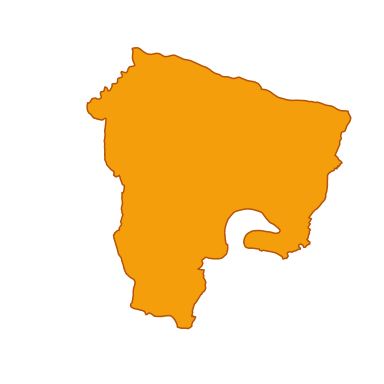 Krok Phra, Nakhon Sawan, Thailand (Mercator projection), rotated 111°
{"feature_id": "78962969B8513684834011", "entity_name": "Krok Phra", "entity_type": "district", "adm_level": 2, "iso_a3": "THA", "parent_name": "Thailand", "parent_adm1": "Nakhon Sawan", "projection": "mercator", "projection_center": [100.023, 15.583], "detail": "fine", "context": "isolated", "style": "filled", "palette": "amber", "viewbox_px": 384, "rotation_deg": 111, "n_neighbors": 0, "source": "geoboundaries", "source_scale": "gbopen_adm2", "svg_char_len": 5927}
<svg xmlns="http://www.w3.org/2000/svg" viewBox="0 0 384 384"><g transform="rotate(111 192 192)"><path d="M323.3,157.2L323.1,153.6L321.4,149.0L320.9,146.7L320.1,145.8L317.4,144.1L316.0,144.7L313.0,144.8L311.2,144.1L308.7,143.8L307.4,143.9L307.3,144.5L307.6,145.5L307.5,146.4L308.2,146.7L308.1,147.7L303.9,148.3L302.9,149.1L295.8,149.6L294.2,148.9L292.3,148.4L284.3,146.9L284.0,146.4L281.6,146.0L281.0,145.4L279.9,144.9L277.8,144.7L276.9,144.7L274.0,146.4L271.1,146.8L270.4,147.7L269.8,148.0L267.7,150.7L265.9,150.9L264.8,152.0L260.5,152.8L261.4,156.2L261.7,158.6L258.0,156.5L256.3,156.3L254.5,156.4L253.4,157.6L251.9,158.3L250.3,157.1L248.3,156.1L247.8,154.8L247.6,151.8L246.7,148.1L244.9,143.5L243.8,141.5L242.8,140.3L241.1,139.3L237.8,137.7L235.6,137.7L234.3,138.0L232.5,138.2L228.9,139.6L228.3,140.1L228.5,141.3L226.4,142.9L225.2,143.3L224.0,144.2L221.3,145.3L218.5,146.9L214.0,148.2L209.7,148.6L204.5,148.6L199.9,147.2L196.3,145.7L194.9,144.7L193.4,143.0L189.8,137.8L188.4,135.3L187.5,133.1L186.5,129.0L186.1,123.8L186.0,120.8L186.2,119.6L186.7,118.4L189.8,113.6L192.2,109.1L192.7,107.2L192.8,105.0L193.3,102.8L194.7,98.8L195.6,96.9L196.1,96.2L197.1,95.8L198.5,96.2L199.1,96.6L200.6,98.9L201.0,101.2L201.3,104.4L202.3,108.4L203.3,113.5L203.9,115.6L205.6,119.5L206.6,121.2L207.6,122.5L209.0,123.8L210.9,125.2L212.2,125.8L213.7,126.2L216.6,126.4L218.4,126.2L220.7,125.5L222.4,124.2L223.6,123.1L224.0,122.6L224.3,121.1L224.1,118.8L222.9,115.9L221.2,108.8L222.0,108.1L222.1,105.9L220.9,104.6L219.2,95.5L218.9,92.4L219.1,89.7L220.0,84.8L221.7,83.3L221.8,82.6L220.6,81.6L220.2,80.1L219.3,79.5L218.1,79.6L217.4,79.2L215.3,81.0L214.6,81.1L213.9,80.8L212.6,78.9L212.3,76.9L210.7,75.8L209.6,73.9L207.9,72.7L206.5,70.5L206.0,70.5L205.3,71.3L205.1,72.4L204.6,72.9L203.3,73.3L202.4,72.8L202.3,72.4L201.6,71.8L201.4,71.3L202.3,69.0L203.6,67.8L203.2,66.8L202.8,66.3L201.1,65.9L199.8,64.8L198.5,64.4L198.5,63.5L196.5,64.0L196.1,66.3L195.7,66.3L195.3,67.8L193.8,67.2L191.2,67.6L189.6,67.7L188.8,67.5L186.0,68.5L185.3,68.4L185.0,68.0L184.2,69.0L184.1,70.4L183.2,70.9L182.3,70.9L179.5,70.2L178.9,71.6L178.5,71.9L176.7,71.2L174.2,71.0L174.1,73.7L167.6,71.9L165.1,70.9L163.9,70.2L162.9,69.3L158.7,67.7L155.3,66.7L152.3,65.5L151.3,65.3L148.6,65.4L146.3,66.4L143.7,66.4L141.2,66.9L136.8,68.1L134.8,69.0L130.3,70.5L128.5,71.3L127.4,71.5L125.0,70.8L124.5,70.3L122.8,69.3L121.4,67.6L120.4,67.0L118.8,67.3L118.5,65.5L118.3,65.0L117.5,65.1L117.4,65.5L116.4,65.1L116.0,65.2L115.7,64.9L115.4,65.0L115.1,64.6L115.4,64.3L115.1,64.3L114.8,63.7L113.4,63.5L112.9,63.8L111.5,62.6L110.7,62.6L110.0,64.0L109.4,66.2L109.0,67.0L108.7,67.4L108.1,67.7L106.8,70.0L106.6,71.6L94.6,71.1L91.5,72.4L89.6,71.8L88.6,71.8L88.0,72.1L87.0,72.9L85.8,73.4L82.8,73.7L82.2,73.4L80.7,71.4L79.8,71.0L74.7,71.1L69.8,70.0L68.0,70.0L65.7,70.4L61.9,74.6L60.7,75.2L61.1,77.3L62.2,80.2L62.8,83.2L62.7,85.8L61.8,91.2L61.8,92.7L62.9,98.2L62.9,103.5L63.2,107.2L64.2,108.9L64.7,112.8L65.7,115.5L66.0,118.5L66.3,119.6L68.7,126.8L70.7,131.5L71.4,134.2L72.0,137.1L72.2,140.3L72.6,143.7L72.7,145.8L71.4,151.6L70.4,154.8L70.1,158.0L70.2,160.3L70.6,162.2L71.2,163.9L69.7,164.9L69.0,165.6L68.0,167.4L67.1,169.1L66.8,172.2L66.9,174.1L68.1,179.8L68.1,185.2L67.9,189.0L68.7,190.5L70.5,192.6L71.3,194.5L71.5,196.5L71.5,199.2L72.1,201.2L72.9,203.2L73.3,205.8L72.7,207.5L72.6,208.7L72.9,212.6L72.7,214.3L72.1,217.2L71.3,219.5L70.5,223.5L70.7,227.7L70.4,230.9L69.9,239.6L70.1,242.3L71.0,247.0L71.0,248.3L70.5,256.8L70.8,258.0L71.3,259.3L74.0,263.0L75.1,265.1L75.4,267.0L74.7,270.8L74.6,272.0L75.0,273.8L75.5,275.3L78.0,279.1L78.9,281.8L79.1,283.3L78.8,285.7L78.2,288.4L77.1,291.6L76.8,293.2L77.0,294.8L77.8,296.7L79.0,298.8L79.5,299.1L80.0,299.1L81.1,298.0L82.0,297.4L86.0,296.4L88.5,295.5L91.0,293.8L92.2,292.5L93.6,291.2L94.0,291.0L94.8,291.1L95.6,291.9L97.0,294.5L97.9,295.3L99.5,295.7L102.9,295.6L103.8,296.0L104.2,296.4L104.6,297.8L104.7,300.6L104.9,300.9L105.5,301.1L106.2,300.9L106.9,300.3L108.0,298.9L109.0,298.4L110.2,298.9L111.6,300.9L112.7,301.8L113.2,301.8L116.5,300.9L116.9,301.0L118.4,302.3L119.0,304.3L119.9,305.2L120.2,305.2L121.6,304.6L123.4,304.5L126.4,305.0L127.1,305.6L127.5,306.1L127.5,306.5L125.3,308.8L125.0,310.2L125.3,310.9L126.0,310.9L128.3,310.5L129.2,310.4L130.0,311.1L131.1,312.9L131.7,313.1L132.2,313.0L133.8,312.3L135.6,310.7L136.8,310.7L138.3,311.8L138.9,312.8L139.2,313.7L138.8,315.0L139.0,316.1L140.6,318.7L145.0,319.5L145.8,320.2L146.2,321.4L149.2,320.8L151.4,319.9L153.5,318.6L154.7,317.3L155.4,316.2L155.5,314.8L157.4,311.7L158.0,310.3L157.8,306.0L157.1,301.9L156.3,300.9L154.8,300.0L154.4,299.6L154.3,298.9L154.5,298.4L164.0,295.8L165.6,295.7L166.5,295.3L168.8,294.0L170.4,293.4L173.9,292.5L175.3,292.4L178.5,290.7L181.3,289.8L184.8,288.1L189.1,286.6L191.4,285.4L193.1,285.0L195.5,282.4L197.1,281.4L200.0,275.9L200.9,272.3L201.8,271.8L204.4,271.1L204.4,270.6L204.9,269.7L205.1,268.3L204.4,267.9L204.1,266.9L202.7,265.8L203.0,265.6L203.3,265.0L203.8,264.6L204.8,264.1L209.7,259.8L210.1,258.9L210.2,257.6L210.4,257.4L213.7,256.4L216.4,255.9L217.2,256.1L217.5,256.9L217.9,257.1L220.5,255.9L222.8,255.3L225.8,253.6L226.7,253.3L227.7,252.7L231.0,252.4L233.3,251.8L234.6,250.7L236.1,250.1L236.9,249.6L237.4,248.7L237.8,248.4L240.4,248.3L245.4,247.9L246.0,247.5L246.7,246.4L248.4,246.2L249.9,246.7L251.6,246.9L252.4,246.8L253.6,246.2L254.3,247.3L256.1,248.6L256.9,248.8L257.6,249.4L258.8,249.2L259.6,249.7L260.3,249.8L262.9,248.4L271.7,241.6L276.5,238.2L279.0,234.3L281.3,232.9L285.2,229.7L288.1,227.8L291.7,224.3L293.8,219.2L294.5,215.1L295.9,213.1L298.6,212.2L301.9,212.1L305.1,211.5L310.1,209.6L317.0,208.3L318.2,208.9L319.5,208.9L320.1,208.6L320.9,208.0L321.2,207.4L321.6,205.0L320.4,195.5L320.6,193.5L321.0,192.7L322.6,191.6L322.9,190.8L322.4,190.1L320.7,189.1L320.4,188.6L320.2,187.7L320.5,185.5L321.4,182.8L321.0,181.0L319.1,175.7L317.0,172.2L315.2,168.0L315.8,165.2L317.4,162.3L320.7,158.7L323.3,157.2Z" fill="#f59e0b" stroke="#b45309" stroke-width="1.5"/></g></svg>